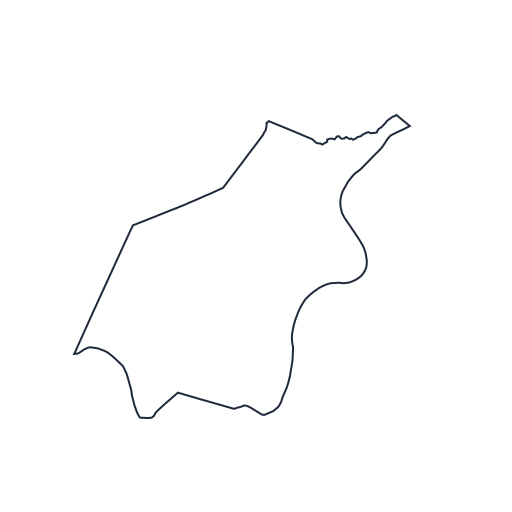 the district of Araripina, Pernambuco, Brazil, rotated 220°
{"feature_id": "56859067B17972152596251", "entity_name": "Araripina", "entity_type": "district", "adm_level": 2, "iso_a3": "BRA", "parent_name": "Brazil", "parent_adm1": "Pernambuco", "projection": "robinson", "projection_center": [-40.522, -7.658], "detail": "fine", "context": "isolated", "style": "outline", "palette": "slate", "viewbox_px": 512, "rotation_deg": 220, "n_neighbors": 0, "source": "geoboundaries", "source_scale": "gbopen_adm2", "svg_char_len": 2657}
<svg xmlns="http://www.w3.org/2000/svg" viewBox="0 0 512 512"><g transform="rotate(220 256 256)"><path d="M174.6,124.8L172.5,128.3L170.9,130.3L170.1,131.8L169.1,133.7L167.1,135.2L163.7,136.2L149.2,138.4L147.3,139.9L143.2,148.0L142.3,152.5L142.0,154.6L142.2,156.7L142.9,160.2L144.7,164.4L145.4,166.6L147.8,174.7L149.4,178.8L152.8,185.8L159.7,197.5L161.7,200.5L166.6,206.9L167.7,208.3L169.2,210.2L171.1,211.6L173.8,214.1L175.1,215.5L176.2,216.8L178.4,219.7L182.6,227.2L185.0,232.7L187.7,240.5L188.7,244.2L189.1,246.1L189.7,249.2L190.1,252.2L190.3,254.0L190.2,256.3L190.0,258.7L189.3,263.1L188.9,265.5L188.3,267.6L187.2,271.9L185.6,275.8L184.1,278.8L183.1,280.6L181.3,283.1L178.9,285.4L176.4,287.8L175.2,288.9L173.6,289.9L171.6,291.3L170.1,292.7L167.2,296.1L165.7,298.9L164.5,301.4L163.7,303.7L163.2,305.6L162.7,307.9L162.6,311.5L163.6,316.7L164.4,318.5L165.5,320.3L168.2,323.8L173.8,328.6L178.3,331.4L181.4,332.8L186.8,334.7L199.3,338.4L212.6,342.1L217.9,344.3L222.5,347.8L224.7,349.9L226.6,352.2L228.5,355.1L229.8,357.6L231.3,361.6L232.1,366.0L233.3,372.3L233.3,374.9L233.4,376.7L233.4,379.6L233.3,382.3L231.6,389.9L230.5,404.4L229.3,419.1L229.6,423.2L230.3,428.5L230.5,431.6L230.4,433.5L230.2,435.3L227.5,441.4L225.1,446.5L221.7,454.4L239.1,454.3L239.5,452.6L240.8,450.6L241.5,447.8L242.0,445.8L242.5,443.7L242.3,440.6L242.6,437.9L242.6,435.6L243.4,433.1L243.7,430.9L242.9,428.3L244.2,426.6L245.7,425.2L246.9,423.8L249.4,423.2L250.5,421.7L251.3,419.8L252.3,417.5L252.6,415.4L253.7,413.7L254.8,412.2L255.1,410.1L256.5,407.4L258.7,407.1L259.7,405.7L261.5,405.4L263.5,405.2L263.9,402.6L266.1,400.7L267.8,400.8L269.6,401.0L270.8,399.5L270.8,395.9L272.9,395.0L274.8,393.3L276.3,390.9L274.9,389.3L275.5,387.7L276.9,383.9L278.9,383.6L280.9,382.2L282.8,381.4L288.1,381.6L290.2,380.9L306.6,375.9L332.9,367.5L333.4,364.5L332.0,363.2L330.4,360.4L329.4,358.5L329.1,355.4L328.5,353.7L327.9,343.7L327.2,328.3L326.7,321.1L326.2,309.9L325.1,288.8L325.1,287.0L329.6,277.5L330.4,275.7L333.3,270.1L336.1,264.4L337.0,262.5L338.3,259.9L341.3,254.1L343.5,249.5L345.6,245.6L346.6,243.7L349.0,239.2L350.6,236.4L357.7,223.1L358.6,221.3L360.2,218.5L362.0,215.2L363.7,211.9L370.0,200.4L367.9,192.4L364.1,178.5L363.1,174.9L355.9,148.8L344.9,108.8L332.3,64.2L329.8,66.8L329.0,68.9L327.6,73.8L325.9,77.5L324.5,79.4L318.0,83.5L310.9,86.0L307.6,86.7L304.2,86.9L298.8,86.9L287.0,86.1L279.5,82.7L274.0,79.0L270.1,76.3L265.3,73.0L261.8,69.8L259.7,68.2L252.7,63.2L249.5,61.4L247.6,60.2L244.4,58.7L240.9,57.6L234.3,62.7L232.0,65.2L231.4,67.8L232.1,71.0L232.1,73.1L231.0,82.1L228.0,101.1L207.5,110.1L202.6,112.3L181.1,121.9L174.6,124.8Z" fill="none" stroke="#1e293b" stroke-width="2"/></g></svg>